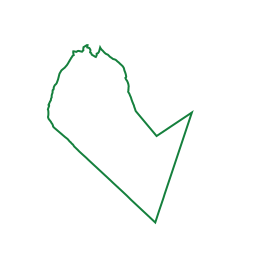 the district of Seme, Nyanza, Kenya, rotated 327°
{"feature_id": "3690345B94022064198400", "entity_name": "Seme", "entity_type": "district", "adm_level": 2, "iso_a3": "KEN", "parent_name": "Kenya", "parent_adm1": "Nyanza", "projection": "equal_earth", "projection_center": [34.518, -0.156], "detail": "fine", "context": "isolated", "style": "outline", "palette": "green", "viewbox_px": 256, "rotation_deg": 327, "n_neighbors": 0, "source": "geoboundaries", "source_scale": "gbopen_adm2", "svg_char_len": 3461}
<svg xmlns="http://www.w3.org/2000/svg" viewBox="0 0 256 256"><g transform="rotate(327 128 128)"><path d="M66.9,75.2L66.5,76.6L66.4,77.3L66.5,78.1L66.5,78.6L66.6,79.2L66.6,79.8L66.7,80.3L66.7,81.0L66.6,81.6L66.6,82.4L66.7,83.3L66.6,83.9L66.5,84.5L66.4,85.1L66.1,85.6L66.1,86.2L66.0,86.8L70.4,101.7L70.7,102.4L70.9,103.1L71.2,103.9L71.4,104.6L71.5,105.5L71.6,106.4L71.7,107.2L71.8,107.9L72.1,108.5L72.2,109.4L72.3,110.2L72.5,111.0L72.8,111.9L72.8,112.7L72.8,113.6L72.8,114.2L74.0,119.3L74.1,119.9L74.2,120.5L74.8,122.9L75.8,126.7L76.8,130.4L77.4,133.1L79.3,140.7L84.7,162.1L85.6,165.9L87.5,173.4L89.0,179.3L90.2,184.2L91.5,190.2L92.8,195.4L98.1,216.8L99.4,222.1L108.7,214.6L119.6,206.0L122.6,203.5L143.1,187.2L190.0,149.8L147.6,150.3L143.8,118.9L143.7,118.1L143.9,117.1L144.2,116.1L144.5,114.8L144.8,113.5L145.0,113.0L145.3,112.1L145.4,111.1L145.7,109.8L145.8,109.0L146.1,107.7L146.5,105.9L146.8,105.0L147.0,104.2L147.2,103.4L147.3,102.6L147.4,101.8L147.7,100.5L147.8,99.7L147.8,98.7L147.8,98.0L148.0,97.5L148.7,96.9L149.1,96.1L149.5,95.8L149.9,95.2L150.2,94.7L150.7,94.1L151.1,93.7L151.4,93.1L151.8,92.3L152.0,91.8L152.3,91.0L152.4,90.4L152.6,89.9L152.7,89.2L152.8,88.5L152.9,87.9L152.9,87.3L152.8,86.7L152.8,86.2L152.9,85.6L152.9,85.1L153.2,84.5L153.8,84.5L154.2,84.2L154.5,83.9L155.0,82.7L155.4,81.7L155.7,80.6L156.0,79.6L156.1,78.7L156.3,78.1L156.5,77.2L156.8,76.6L157.0,75.9L157.2,75.1L157.2,74.3L157.2,73.4L157.1,72.8L156.9,72.1L156.7,71.1L156.4,70.3L156.3,69.6L156.1,68.9L156.0,68.2L155.7,67.3L155.4,66.5L155.2,65.7L155.1,65.1L154.9,64.5L154.6,63.9L154.3,63.4L154.0,63.0L153.4,62.4L153.0,61.9L152.8,61.4L152.6,60.8L152.4,60.2L152.0,59.3L151.8,58.8L151.5,58.0L151.4,57.1L151.2,56.4L151.1,55.8L150.9,55.3L150.6,54.9L150.2,54.4L149.9,53.8L149.6,53.1L149.4,52.2L149.2,51.5L149.1,50.6L148.9,49.5L148.8,48.9L148.6,48.4L148.5,47.8L148.5,47.1L148.4,46.4L148.5,45.3L145.3,48.2L143.5,48.9L142.9,48.7L142.2,48.6L141.7,49.4L141.3,50.0L140.6,50.4L140.2,50.6L139.7,50.9L139.4,50.5L139.1,50.0L138.5,48.6L138.0,47.7L137.6,46.9L137.6,46.3L137.8,45.8L137.9,45.1L137.4,44.0L137.9,43.4L138.3,43.0L138.8,42.4L139.0,42.0L139.1,41.3L139.1,39.9L138.1,38.7L137.7,38.2L139.2,36.5L138.6,36.1L134.7,36.0L133.9,36.9L133.1,38.0L132.9,38.5L132.5,38.6L132.0,38.6L131.5,38.9L131.1,39.0L130.7,38.7L129.3,37.2L128.8,36.7L128.2,36.2L127.5,36.0L127.0,36.0L126.3,36.1L125.3,35.2L124.9,34.7L124.4,34.3L123.9,33.9L123.6,34.2L123.3,34.7L123.0,35.1L122.8,35.7L122.4,36.5L122.2,37.3L121.8,37.3L121.2,37.3L120.8,37.3L120.4,37.5L119.8,37.8L119.1,38.1L118.7,38.3L118.2,38.4L117.1,39.1L116.0,39.5L115.5,39.9L114.9,40.1L113.6,40.8L113.0,41.1L112.4,41.4L111.2,41.9L110.8,42.1L110.3,42.2L109.3,42.5L107.9,42.9L107.5,43.0L107.1,43.0L103.7,43.4L103.2,43.6L100.6,44.9L100.1,45.2L99.5,45.7L98.7,46.5L98.3,46.8L97.9,47.2L97.3,47.8L96.9,48.1L96.6,48.4L96.0,49.0L95.6,49.3L95.2,49.6L94.8,49.9L94.4,50.2L93.9,50.6L93.3,51.0L93.0,51.3L92.6,51.5L92.2,51.7L91.7,51.9L91.2,52.0L90.7,52.1L90.1,52.2L89.6,52.4L89.3,52.6L88.9,52.8L88.4,53.1L88.0,53.4L87.7,53.7L87.3,54.2L87.0,54.7L86.3,55.2L85.9,55.1L85.4,55.3L84.9,55.9L84.5,56.5L84.1,57.1L83.7,57.5L83.2,57.9L82.6,58.3L82.2,58.7L81.6,59.3L81.1,60.0L80.8,60.6L80.2,61.0L79.7,61.3L79.2,61.7L78.8,62.2L78.5,62.6L78.2,62.9L77.6,63.1L77.0,63.3L76.7,63.6L74.0,65.3L74.3,65.8L73.8,66.6L72.8,67.3L70.9,68.8L70.8,69.4L70.6,69.9L70.4,70.4L70.1,70.9L69.7,71.6L69.4,72.1L69.0,72.7L68.6,73.3L68.2,73.8L67.8,74.3L66.9,75.2Z" fill="none" stroke="#15803d" stroke-width="2"/></g></svg>